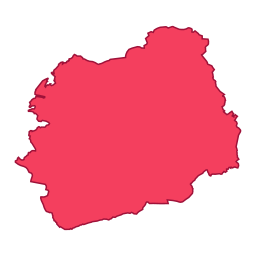 the district of Simonesti, Harghita, Romania
{"feature_id": "2599482B29227136625242", "entity_name": "Simonesti", "entity_type": "district", "adm_level": 2, "iso_a3": "ROU", "parent_name": "Romania", "parent_adm1": "Harghita", "projection": "natural_earth1", "projection_center": [25.11, 46.356], "detail": "fine", "context": "isolated", "style": "filled", "palette": "rose", "viewbox_px": 256, "rotation_deg": 0, "n_neighbors": 0, "source": "geoboundaries", "source_scale": "gbopen_adm2", "svg_char_len": 5676}
<svg xmlns="http://www.w3.org/2000/svg" viewBox="0 0 256 256"><path d="M186.2,199.1L188.8,197.4L192.4,193.4L192.8,191.2L192.6,189.8L193.0,188.9L192.2,187.7L192.3,187.1L191.3,185.2L190.9,185.0L190.5,184.5L190.6,183.5L191.4,183.3L193.1,181.3L194.3,180.5L194.8,180.1L195.4,178.7L197.0,177.2L197.4,176.5L198.9,175.3L202.8,173.2L203.2,172.4L204.2,171.4L206.2,169.9L207.2,170.0L207.9,172.2L208.7,173.4L209.0,174.7L209.8,175.6L210.3,175.6L210.7,175.9L211.0,175.7L211.1,174.8L211.9,174.3L212.7,174.1L215.2,174.2L219.5,173.7L220.9,174.2L222.0,174.0L222.7,172.7L223.4,172.3L223.8,171.5L224.2,171.5L225.3,172.3L226.9,171.2L226.6,170.2L226.6,169.1L228.1,169.2L228.2,168.7L229.1,167.4L229.4,167.4L230.8,168.2L231.1,167.2L232.7,167.9L233.4,167.4L234.9,167.0L237.0,167.8L237.8,167.9L238.6,165.8L238.4,163.9L237.8,163.1L236.9,162.5L236.1,161.6L237.1,160.4L238.8,159.3L238.2,158.2L237.4,157.4L237.4,155.8L237.0,154.6L237.1,152.8L236.8,152.0L236.8,151.1L237.2,150.5L236.7,148.4L236.1,146.8L238.5,135.2L240.4,131.8L240.6,130.8L240.4,130.0L238.8,128.1L237.0,127.1L236.4,125.8L237.1,123.4L236.4,121.8L234.6,120.4L235.8,118.6L236.0,118.0L237.4,116.3L235.2,114.7L235.2,115.0L234.0,115.7L233.8,116.9L232.2,115.9L233.2,114.4L233.3,113.6L231.9,111.3L229.8,112.7L228.7,113.7L226.9,114.6L223.6,111.8L224.6,110.9L223.0,109.5L222.1,106.7L223.7,105.8L224.5,104.7L224.7,103.7L224.5,103.4L225.0,102.2L225.1,100.6L225.2,100.2L225.4,100.2L224.9,98.1L224.1,96.7L222.8,96.2L222.7,95.8L224.4,94.5L220.1,91.5L216.0,86.3L215.9,84.7L215.4,82.5L215.8,81.8L215.7,81.6L215.3,80.8L214.1,80.0L213.2,78.9L212.8,77.5L213.3,77.1L213.0,76.0L213.0,75.1L212.3,72.2L214.3,69.6L212.5,67.2L212.1,66.2L211.3,65.6L207.8,64.2L207.4,63.4L207.3,62.5L206.6,61.3L201.7,55.2L201.6,54.8L202.6,54.4L205.8,51.4L205.5,49.6L205.5,48.1L205.3,47.4L206.0,46.3L207.6,45.1L208.4,44.0L208.5,41.2L208.0,39.2L202.2,38.8L202.2,35.9L199.2,34.8L198.7,34.3L198.5,33.7L195.0,30.9L193.3,32.2L191.9,31.9L192.1,30.3L192.0,29.2L190.9,28.4L189.0,27.8L188.1,27.9L186.3,28.9L183.9,29.5L181.3,29.5L179.2,29.3L174.1,27.2L173.0,26.6L172.2,26.6L168.2,28.0L166.4,26.9L165.8,26.8L160.2,27.3L157.9,28.1L156.4,28.8L154.3,30.1L153.2,32.4L151.1,31.7L147.9,33.2L148.9,35.7L145.6,38.5L147.3,42.8L146.7,44.2L144.1,45.6L144.3,48.1L141.4,48.0L140.7,47.4L139.6,46.9L137.4,46.7L132.2,48.1L129.0,49.4L127.1,51.8L126.0,54.4L125.6,56.2L125.6,57.5L110.2,59.4L109.1,60.5L107.0,61.0L104.5,62.0L102.6,63.0L101.1,63.6L99.7,63.9L98.9,64.4L97.6,64.1L95.1,62.6L92.6,61.6L89.6,61.3L87.1,60.5L84.4,59.0L83.0,58.9L82.8,58.1L82.4,57.5L81.3,56.8L80.7,56.1L77.5,56.1L76.8,55.9L76.0,55.2L74.4,54.5L73.3,55.7L72.4,57.5L70.8,58.6L69.5,58.8L68.9,59.2L69.2,60.2L69.0,60.6L68.5,61.1L68.1,60.8L66.8,61.5L66.7,62.3L65.9,62.9L65.4,62.6L64.0,63.0L62.5,64.1L62.5,63.0L63.2,62.3L62.8,62.0L60.9,62.4L58.6,64.3L58.6,65.5L55.7,68.8L54.3,69.8L53.9,70.4L53.7,72.0L53.3,72.1L53.6,72.2L54.2,73.2L53.9,73.7L52.1,73.4L51.5,73.1L51.5,73.4L52.1,74.0L52.7,74.1L52.7,74.7L53.7,75.1L54.0,75.8L55.1,76.6L54.4,79.5L54.6,79.9L54.3,80.1L54.0,80.5L54.2,80.8L54.7,80.5L54.6,81.6L55.1,82.0L55.5,83.1L52.9,85.1L51.5,85.6L50.0,84.5L50.6,83.9L50.1,83.8L50.1,84.1L48.1,85.3L47.9,85.3L47.8,85.0L47.6,84.9L46.3,85.5L45.6,87.1L44.9,86.4L45.2,85.0L46.5,82.3L46.8,82.0L46.7,81.6L47.5,81.3L46.7,80.0L48.1,78.8L47.8,78.3L45.2,79.4L42.6,80.9L36.1,89.2L36.1,89.5L35.7,89.8L35.8,90.4L35.5,90.8L35.0,92.3L35.0,94.3L36.3,95.0L39.1,95.4L44.7,96.7L44.7,97.6L43.6,98.0L42.2,97.3L36.8,96.5L36.4,96.3L35.9,96.5L35.7,97.6L35.3,98.1L33.3,98.6L32.6,99.3L32.0,99.6L30.8,101.3L29.6,102.3L30.2,103.7L30.4,104.8L29.3,106.3L29.3,107.0L29.5,107.2L30.0,107.4L30.5,107.3L31.8,106.0L34.6,105.7L35.2,106.4L35.1,107.4L34.3,108.9L32.0,108.8L31.0,109.5L29.8,109.7L28.4,110.4L28.5,111.3L31.5,111.4L33.2,112.0L33.8,112.5L34.3,113.6L35.6,113.4L37.8,115.6L37.0,118.6L37.0,119.2L38.6,121.2L41.1,121.5L42.3,120.4L46.2,121.2L48.7,122.5L49.5,123.6L48.6,124.8L46.5,125.3L45.4,126.8L44.7,127.2L41.5,127.1L40.4,127.7L39.6,127.0L38.9,126.7L38.4,126.9L37.1,128.0L37.1,128.6L35.6,130.2L32.1,131.5L31.9,130.7L30.3,130.7L29.8,131.4L29.1,131.9L29.2,133.0L28.8,135.3L29.3,136.0L30.2,136.1L29.9,137.7L29.3,138.7L29.8,138.9L30.6,140.2L30.8,142.0L32.1,143.4L35.5,149.0L35.6,149.7L35.5,150.9L33.3,150.6L32.1,150.7L30.7,151.7L30.4,152.3L29.9,152.7L29.0,152.4L28.3,153.0L28.1,154.9L27.2,155.2L26.2,156.3L24.7,157.3L24.1,158.1L24.0,159.5L22.8,160.0L21.3,159.9L19.9,158.9L18.5,157.3L17.5,158.3L17.6,159.5L17.1,160.0L15.4,161.0L15.4,162.2L18.1,164.2L20.5,165.4L24.0,166.5L26.0,167.5L27.4,169.0L29.1,172.3L31.4,173.2L32.2,174.3L32.4,175.8L31.0,180.2L30.8,181.6L45.1,184.3L46.1,185.5L46.4,187.2L45.8,189.6L48.0,190.2L48.7,191.5L47.6,195.5L46.1,196.3L44.1,197.0L40.9,196.9L40.7,198.0L41.3,200.3L43.3,204.6L44.3,207.8L45.5,210.2L46.1,211.1L46.8,211.6L48.6,212.1L49.4,212.6L50.7,212.5L52.2,213.2L52.5,215.1L52.9,215.8L52.8,217.5L54.0,219.7L54.0,220.6L55.2,221.2L55.7,221.8L55.9,222.3L56.7,222.7L56.8,224.0L59.7,227.2L60.4,226.7L64.8,229.4L69.9,229.3L70.4,228.6L70.8,228.5L71.8,229.2L72.2,229.0L72.9,228.1L74.7,227.6L75.5,226.9L78.6,226.1L80.3,225.0L81.3,225.0L82.8,224.1L83.7,224.5L84.7,224.2L88.4,222.9L91.6,222.1L92.2,221.7L97.3,221.0L99.9,220.1L102.3,219.8L103.0,219.3L104.0,219.0L105.2,219.2L106.1,219.1L108.8,219.9L110.4,218.9L111.3,218.7L112.8,217.1L115.2,217.3L116.9,216.2L121.4,214.7L122.9,213.8L127.7,212.9L130.1,213.3L131.5,212.4L132.6,212.8L134.0,213.8L136.6,214.0L137.7,212.6L139.3,211.3L142.7,209.4L142.7,208.2L143.1,207.3L144.0,206.4L145.3,204.7L146.2,202.5L146.8,202.0L148.0,202.1L148.5,202.7L149.6,203.5L153.1,203.4L161.4,203.6L168.2,203.5L167.3,199.9L173.0,200.5L177.1,201.3L179.2,202.0L180.7,202.2L182.6,201.8L186.2,199.1Z" fill="#f43f5e" stroke="#9f1239" stroke-width="1.5"/></svg>